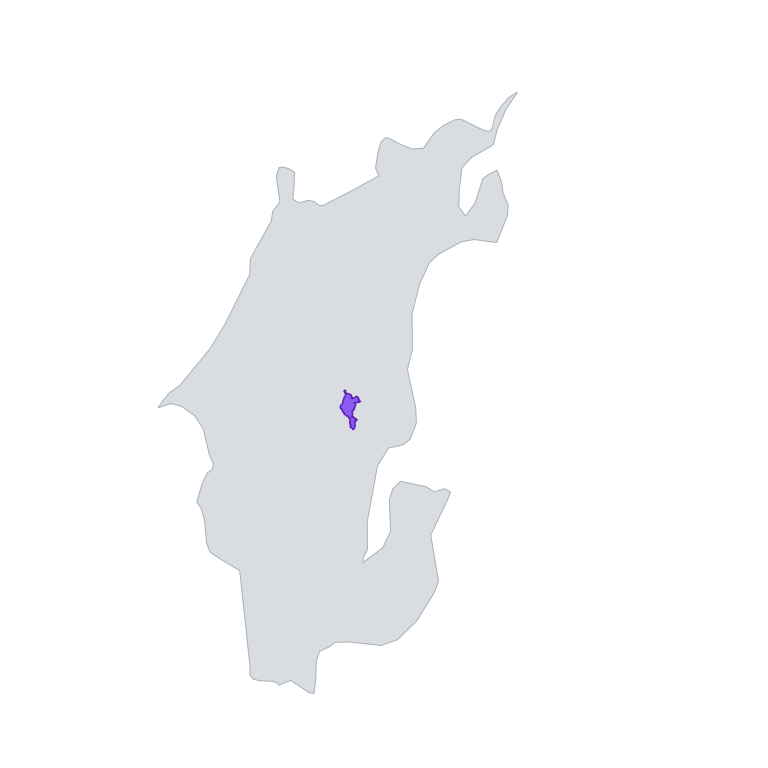 Mora, San José, Costa Rica (highlighted), rotated 242°
{"feature_id": "36466004B40218222859815", "entity_name": "Mora", "entity_type": "district", "adm_level": 2, "iso_a3": "CRI", "parent_name": "Costa Rica", "parent_adm1": "San José", "projection": "robinson", "projection_center": [-84.265, 9.872], "detail": "fine", "context": "in_parent", "style": "filled", "palette": "violet", "viewbox_px": 768, "rotation_deg": 242, "n_neighbors": 0, "source": "geoboundaries", "source_scale": "gbopen_adm2", "svg_char_len": 6281}
<svg xmlns="http://www.w3.org/2000/svg" viewBox="0 0 768 768"><g transform="rotate(242 384 384)"><path d="M624.3,392.7L623.5,395.7L621.0,398.9L617.5,402.1L612.7,404.3L601.3,397.7L590.2,390.3L584.0,393.7L581.7,403.4L577.5,408.4L572.3,410.3L570.2,413.6L569.8,446.3L570.2,477.2L578.7,477.9L592.8,488.6L598.9,494.9L600.8,500.7L599.0,503.6L588.7,510.3L578.6,518.8L573.6,529.5L582.4,546.6L584.3,558.3L584.0,570.5L581.6,576.4L562.0,590.4L557.8,595.3L558.3,598.8L569.1,608.5L574.2,617.9L578.5,629.1L579.1,638.9L569.3,620.8L555.7,603.5L543.9,592.8L543.0,567.9L538.3,554.3L520.5,541.9L505.3,533.2L494.1,534.9L501.0,549.3L518.8,567.6L520.0,574.7L519.7,584.1L507.5,582.7L496.6,578.8L483.4,577.6L474.7,572.0L456.0,550.0L469.3,531.3L473.3,519.0L473.0,493.6L469.9,481.2L455.6,462.4L432.8,441.8L400.8,425.0L385.8,411.4L348.4,401.0L334.1,394.1L323.0,381.3L321.4,372.1L325.3,357.9L315.0,340.0L270.4,304.6L245.5,291.6L240.2,283.9L236.2,281.6L240.0,306.0L250.9,320.7L279.3,334.4L287.2,342.4L290.3,352.8L273.8,372.7L265.4,377.7L262.9,388.6L257.5,391.9L251.8,385.6L228.8,354.4L184.2,339.5L176.1,330.3L159.5,301.8L151.9,275.8L154.7,258.4L173.0,231.4L178.8,219.6L177.6,212.4L178.2,201.7L171.4,194.3L154.5,184.6L143.7,176.8L146.7,172.9L166.1,162.4L167.3,153.0L167.2,149.9L170.4,149.2L173.2,146.7L175.0,144.1L180.3,135.0L184.9,129.9L190.3,129.1L196.8,132.8L221.2,142.6L248.4,153.5L287.1,169.0L303.2,159.1L317.0,151.5L326.6,152.6L347.5,161.4L360.0,164.2L367.7,163.3L381.0,176.3L388.3,186.0L389.5,192.4L393.5,195.9L403.9,196.7L429.3,203.3L444.8,202.0L458.9,195.0L466.7,186.7L469.1,173.6L472.7,180.1L476.9,190.3L478.7,203.4L497.0,247.3L511.6,272.0L543.6,316.7L557.4,324.9L580.8,361.0L588.8,366.9L593.4,377.5L617.6,386.3L624.3,392.7Z" fill="#d9dde1" stroke="#a8b0b8" stroke-width="1"/><path d="M396.5,345.7L396.4,345.8L396.1,345.9L395.4,345.7L395.2,345.4L394.9,345.4L394.7,345.4L394.4,345.3L394.1,345.2L393.4,345.3L392.3,345.2L392.0,344.8L391.9,344.6L391.8,344.2L391.5,344.0L391.1,343.3L390.9,342.9L391.0,342.6L391.0,342.4L390.7,342.3L390.2,341.9L389.8,341.8L389.7,341.8L389.6,341.6L389.4,341.4L389.1,340.9L389.0,340.5L388.7,340.3L388.5,339.9L387.7,339.5L387.6,339.3L387.4,339.2L387.1,339.0L386.6,338.6L386.4,338.5L385.9,337.8L385.9,337.1L385.8,336.7L385.5,336.2L385.2,335.4L384.6,334.7L384.4,334.6L384.2,334.5L383.4,334.4L382.8,334.2L382.7,334.1L382.4,334.3L382.4,334.5L382.2,334.7L381.9,334.8L381.7,335.2L381.6,335.3L381.4,335.3L381.3,335.2L381.0,335.0L380.7,334.9L380.4,334.6L380.0,334.8L379.9,334.8L379.8,334.7L379.7,334.7L379.4,334.8L379.2,334.7L378.8,334.7L378.7,334.7L378.2,334.6L378.0,334.8L377.9,334.9L377.8,335.0L377.6,335.0L377.5,334.9L377.3,334.9L377.2,335.0L376.9,335.2L376.5,334.8L376.2,335.2L375.7,334.9L375.5,335.0L375.4,335.2L375.0,335.4L374.7,335.7L374.0,335.8L373.7,335.8L373.4,336.0L373.2,336.1L373.0,336.7L372.8,336.9L372.6,337.0L372.3,337.0L372.1,336.8L371.9,336.7L371.7,336.8L371.7,337.2L371.5,337.3L371.4,337.3L371.0,337.3L370.9,337.2L370.6,337.3L370.5,337.5L370.3,337.5L369.8,337.1L369.7,337.0L369.4,337.2L369.2,337.3L368.9,337.4L368.6,337.3L368.4,337.3L368.2,337.2L367.9,337.2L367.6,337.1L367.5,336.9L367.4,336.8L367.3,336.7L367.2,336.7L366.8,336.7L366.9,336.2L366.7,336.2L366.5,336.3L366.4,336.3L366.3,336.2L366.2,336.1L366.1,335.9L365.8,335.6L365.4,335.4L365.2,335.2L364.9,335.0L364.5,335.3L364.3,335.5L364.1,335.7L363.4,335.3L363.1,335.1L363.0,334.7L362.9,334.5L362.6,334.5L362.4,334.6L362.1,334.7L362.0,334.2L361.4,334.0L361.2,334.0L361.1,334.8L360.4,334.8L360.2,334.9L359.8,335.2L359.4,335.4L359.1,335.4L358.9,335.3L358.5,335.2L358.4,335.4L358.4,335.5L358.4,335.8L358.2,336.1L358.4,336.2L358.8,336.2L358.9,336.4L359.1,336.5L359.3,336.8L359.3,337.2L359.4,337.4L359.4,337.6L359.5,337.8L359.6,337.7L359.7,338.0L359.8,338.1L360.0,338.3L360.3,338.7L360.6,338.9L360.7,339.0L360.8,339.1L361.0,339.1L361.5,339.0L361.9,339.5L362.0,339.5L362.4,339.7L362.6,339.6L362.9,339.7L363.0,339.8L363.4,339.9L363.8,339.9L363.8,340.2L363.8,340.4L364.0,340.5L364.3,340.8L364.2,340.9L364.3,341.0L364.5,341.0L364.4,341.3L364.9,341.6L364.9,341.8L364.8,342.1L364.8,342.3L364.9,342.6L364.9,343.0L364.9,343.3L365.1,343.4L365.6,343.4L365.8,343.3L365.9,343.1L366.2,343.0L366.4,342.9L366.7,342.3L366.8,342.2L367.0,342.2L367.2,342.3L367.4,342.3L367.6,342.2L367.8,342.1L368.1,342.1L368.3,341.9L368.3,341.7L368.5,341.5L369.0,341.5L369.7,341.2L369.8,341.1L369.8,340.9L369.7,340.6L369.6,340.4L369.5,340.2L369.8,340.1L370.1,339.9L370.4,340.0L370.4,340.3L370.5,340.4L370.5,340.5L370.8,340.9L370.8,341.2L371.0,341.4L371.6,341.7L371.7,341.8L371.8,341.7L372.0,341.8L372.2,342.0L372.4,342.1L372.6,342.3L372.9,342.3L373.0,342.4L373.3,342.7L373.7,342.8L373.8,342.6L374.0,342.5L374.4,342.7L374.7,343.0L374.9,343.4L374.9,343.8L375.0,344.0L375.1,344.3L375.1,344.5L375.2,344.9L375.3,345.0L375.4,345.3L375.7,345.6L375.7,345.8L376.4,345.8L376.4,346.3L376.5,346.6L376.7,346.9L376.9,346.9L377.0,347.2L377.2,347.3L377.4,347.6L377.6,347.6L378.0,347.6L378.2,348.0L378.3,348.2L378.4,348.5L378.6,348.6L378.7,349.1L378.9,349.2L379.0,349.2L381.4,349.1L381.4,349.3L381.3,349.6L381.2,349.7L380.8,349.8L380.7,349.9L380.7,350.0L380.6,350.3L380.6,350.5L380.5,350.8L380.6,351.1L380.6,351.3L380.6,351.5L380.5,351.8L380.5,352.0L380.2,352.1L380.0,352.3L380.1,352.5L380.1,352.8L379.9,353.1L379.7,353.1L379.6,353.3L379.6,353.6L379.9,353.6L379.8,353.8L379.7,353.8L379.6,354.2L380.0,354.6L380.0,354.8L380.1,354.7L380.3,354.6L380.5,354.6L381.0,354.5L381.1,354.4L381.3,354.4L381.5,354.3L381.9,354.4L382.1,354.4L382.2,354.6L382.4,354.4L382.5,354.5L382.8,354.7L383.0,354.5L383.5,354.7L383.8,354.8L384.4,354.8L384.6,354.7L384.9,354.5L385.0,354.5L385.3,354.6L385.6,354.4L385.6,354.2L385.8,354.0L385.9,353.9L386.0,353.7L385.9,353.3L386.0,353.0L386.0,352.8L385.8,352.4L385.8,351.7L385.7,351.4L385.7,351.1L385.8,350.9L386.0,350.5L386.1,350.3L386.1,350.0L386.1,349.6L386.6,349.7L386.8,348.8L386.9,348.4L387.0,348.5L387.1,349.2L387.6,349.6L388.1,349.5L388.9,349.6L389.1,349.6L389.3,349.8L390.1,349.7L390.4,349.6L390.6,349.4L390.8,349.1L391.1,348.9L391.5,348.5L391.8,348.4L392.9,347.0L393.2,346.8L393.4,346.7L393.8,346.4L394.2,346.2L394.4,346.2L395.3,346.3L395.6,346.4L395.7,346.8L395.9,346.9L396.2,346.9L396.4,347.0L396.6,346.9L396.7,346.7L396.8,346.4L396.7,346.4L396.6,346.1L396.5,345.9L396.5,345.7Z" fill="#8b5cf6" stroke="#5b21b6" stroke-width="1.5"/></g></svg>